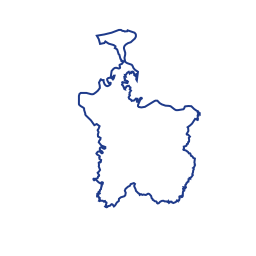 the district of Huong Tra, Thừa Thiên - Huế, Vietnam, rotated 315°
{"feature_id": "81297802B61752422174773", "entity_name": "Huong Tra", "entity_type": "district", "adm_level": 2, "iso_a3": "VNM", "parent_name": "Vietnam", "parent_adm1": "Thừa Thiên - Huế", "projection": "albers", "projection_center": [107.492, 16.429], "detail": "fine", "context": "isolated", "style": "outline", "palette": "blue", "viewbox_px": 256, "rotation_deg": 315, "n_neighbors": 0, "source": "geoboundaries", "source_scale": "gbopen_adm2", "svg_char_len": 5862}
<svg xmlns="http://www.w3.org/2000/svg" viewBox="0 0 256 256"><g transform="rotate(315 128 128)"><path d="M136.3,207.9L137.0,207.3L138.2,207.5L140.6,207.1L140.8,206.1L142.6,205.3L144.1,204.1L145.5,203.6L145.9,202.9L145.8,202.3L147.1,202.4L149.2,201.6L149.3,201.0L149.8,200.7L150.6,199.3L153.7,196.9L153.0,195.3L153.4,193.9L153.3,193.1L152.9,192.5L153.1,191.6L153.7,190.9L153.9,189.7L153.1,189.0L153.5,187.3L153.2,186.4L153.3,185.6L152.5,183.8L151.8,182.8L152.0,182.3L153.2,182.0L154.3,180.6L156.2,181.7L156.9,181.8L158.3,181.0L159.0,181.5L159.5,181.3L160.6,180.5L161.5,180.8L162.9,179.6L164.0,178.0L165.7,177.9L165.8,175.4L165.0,174.2L165.2,173.7L168.6,172.8L170.6,170.4L170.7,169.6L173.8,170.1L176.4,170.2L181.9,169.0L182.9,171.6L183.2,171.6L183.7,170.4L184.2,170.6L184.8,169.6L185.7,169.1L185.9,168.7L186.5,169.0L186.9,168.2L187.3,168.5L187.7,167.8L188.4,168.2L188.5,168.9L189.2,168.2L188.9,167.8L189.0,167.2L188.1,167.3L188.2,166.4L188.9,166.2L189.3,165.5L188.8,164.6L188.2,161.3L188.2,157.4L186.4,155.3L183.7,153.1L183.2,153.1L181.4,153.9L180.4,153.9L176.1,150.8L174.6,149.3L174.1,147.8L173.5,142.7L172.5,141.2L170.3,138.7L168.6,135.2L168.0,132.7L168.1,129.5L166.8,128.1L165.9,127.7L154.9,125.0L152.0,122.9L150.5,120.8L150.5,119.6L151.4,118.8L156.1,116.9L157.5,116.7L158.6,116.9L158.9,116.3L158.4,115.7L157.7,115.6L155.7,116.5L153.5,116.6L152.9,115.7L153.3,115.3L153.9,115.5L154.1,114.9L154.7,115.1L155.4,114.1L154.4,112.8L152.0,112.9L150.6,112.1L150.3,111.4L149.8,111.3L150.1,110.1L149.5,108.1L150.2,106.7L152.4,106.3L152.5,105.4L153.2,105.2L154.0,104.1L156.6,103.7L156.6,101.9L157.8,101.6L158.4,101.1L158.2,99.9L158.5,98.8L156.5,97.5L155.1,98.0L153.5,97.9L153.2,98.5L153.1,98.3L153.0,97.7L153.5,96.9L153.9,96.8L153.6,96.5L154.4,94.6L154.3,93.6L154.5,93.0L155.4,92.9L156.1,92.1L156.2,91.6L156.5,91.6L159.3,95.8L160.6,95.2L160.2,94.2L160.6,94.0L159.5,92.0L160.6,91.1L160.5,90.6L161.6,89.2L162.7,90.2L163.4,88.5L163.7,88.9L166.6,88.4L168.3,88.8L167.7,90.6L168.4,90.5L169.0,91.4L169.9,91.3L169.9,90.7L170.1,90.6L170.6,91.2L171.3,91.5L171.4,92.6L170.7,93.2L170.8,94.7L169.9,94.9L170.0,96.2L172.2,95.9L172.4,96.2L168.2,99.4L167.9,100.6L174.8,95.3L174.1,92.0L174.2,89.7L175.3,86.8L175.3,85.8L173.2,81.4L172.8,79.2L175.1,75.9L177.8,74.2L179.2,72.9L181.3,69.0L182.1,68.2L183.3,67.6L185.3,67.4L188.0,68.0L190.6,69.3L196.1,69.6L198.1,69.0L199.4,67.8L199.9,66.8L200.0,65.2L196.8,58.7L196.0,59.1L193.9,57.4L193.7,56.6L192.7,55.3L192.4,53.7L190.9,52.2L183.8,49.0L177.4,45.1L171.2,40.7L170.2,44.4L167.7,48.8L171.4,51.2L173.2,50.8L174.0,54.7L176.5,59.2L176.9,61.4L176.3,61.9L175.2,62.2L175.8,64.1L175.7,65.2L173.6,69.1L173.7,70.1L171.5,73.8L171.6,74.8L170.7,75.7L170.7,76.2L171.8,77.0L171.7,77.8L169.3,78.4L166.8,77.4L166.4,77.6L165.2,79.6L164.6,79.9L163.6,79.5L162.2,77.0L161.1,76.2L159.7,75.9L156.7,76.1L152.2,79.5L152.3,80.4L152.6,80.8L153.3,81.2L155.0,81.0L155.5,81.5L152.9,82.9L151.7,83.0L151.8,81.6L151.1,79.8L149.3,78.7L148.0,78.6L147.3,79.2L146.9,80.1L146.1,82.7L146.3,83.1L147.4,83.3L147.6,83.9L146.7,84.6L145.4,84.7L143.4,84.1L142.9,83.7L142.4,82.6L142.3,81.6L142.5,80.2L143.6,77.9L144.6,76.8L143.5,75.8L143.4,74.7L143.1,74.3L139.6,75.4L138.1,77.9L136.4,79.8L133.1,80.3L130.4,80.1L127.6,79.6L126.5,78.8L125.7,77.8L123.4,73.8L119.4,69.8L117.8,69.6L116.0,70.6L110.2,76.4L109.9,77.1L110.0,78.8L110.9,82.5L110.7,83.2L109.7,84.3L108.0,87.6L107.3,88.3L107.1,89.3L107.2,96.4L106.2,102.2L108.7,103.1L109.2,106.6L106.5,107.8L105.3,107.9L104.9,108.2L104.3,110.1L102.2,111.2L100.8,112.8L101.6,115.6L100.4,116.5L98.6,116.7L97.2,117.4L96.8,121.7L98.5,125.4L97.6,126.3L96.7,126.1L96.1,125.3L95.6,122.9L94.7,122.3L93.8,122.4L93.0,123.1L92.5,124.8L93.0,125.6L93.1,126.6L92.7,127.6L92.1,127.7L91.5,127.2L91.4,125.6L91.6,124.4L89.8,123.4L87.9,123.6L87.6,123.7L87.4,124.7L88.1,127.7L87.7,128.5L86.7,128.6L85.9,129.9L86.4,131.6L84.7,132.8L84.1,132.7L84.0,132.1L82.8,131.8L81.1,133.9L80.2,134.4L78.6,137.9L76.2,138.3L75.0,138.1L74.6,138.8L74.4,140.7L74.1,141.1L73.5,141.4L72.5,141.1L71.4,141.9L70.1,141.6L68.6,140.5L67.9,139.6L67.5,139.6L67.1,140.2L67.1,141.0L68.4,141.3L68.8,142.2L68.8,145.6L69.4,148.0L70.1,148.1L70.7,147.7L71.1,147.8L71.6,148.4L71.6,148.9L70.6,149.6L68.1,150.2L67.9,150.8L66.9,151.1L65.7,152.1L64.5,152.0L63.6,152.7L62.2,152.4L61.9,153.1L62.1,153.6L61.8,154.3L61.1,154.1L60.7,152.9L59.7,152.8L59.1,153.4L59.2,153.9L58.1,154.1L57.7,154.6L58.0,155.0L58.9,155.3L58.3,156.8L58.5,157.6L57.5,157.8L57.4,158.7L56.0,159.0L56.2,159.6L57.0,159.9L58.7,161.6L58.9,163.0L59.8,163.1L60.1,163.3L59.7,164.2L60.1,165.3L59.9,165.8L58.3,166.5L58.0,167.2L56.3,167.3L56.4,168.1L56.9,169.0L57.4,169.2L59.0,169.3L60.2,170.2L62.4,170.2L62.7,170.4L63.0,171.3L62.6,173.5L64.2,173.6L67.4,172.8L69.9,173.1L71.5,171.7L73.8,171.9L77.0,173.6L78.4,173.7L80.6,172.2L81.4,170.1L83.2,169.3L86.4,169.5L88.5,170.2L90.2,169.6L93.2,171.1L93.4,172.5L91.6,173.2L91.1,173.8L90.0,176.8L89.2,178.0L89.2,181.5L89.5,182.3L89.0,183.6L90.4,183.9L90.8,185.4L91.8,185.9L93.3,188.0L95.6,188.6L96.1,189.1L96.4,189.9L96.3,192.4L95.1,194.4L95.2,195.5L94.7,196.3L95.1,197.5L95.1,198.6L96.0,199.8L96.0,200.6L95.5,201.6L95.6,202.3L96.5,202.9L98.7,202.9L100.4,203.5L100.9,203.9L101.7,204.7L102.0,205.8L103.2,207.0L103.6,208.1L104.6,208.1L104.0,209.0L104.0,209.3L104.6,209.5L104.3,210.0L104.8,210.1L105.5,209.7L106.7,210.9L106.5,211.8L107.0,213.1L109.3,214.1L110.2,214.0L110.6,214.2L111.4,213.9L111.6,214.8L111.9,214.5L112.9,215.3L115.0,214.1L115.5,213.0L116.1,212.8L117.0,213.4L117.1,214.8L117.7,215.1L118.4,214.9L118.6,214.2L119.2,214.3L119.6,213.6L120.2,213.5L120.8,212.7L122.1,211.8L123.3,212.0L123.3,211.0L123.9,210.1L125.1,211.1L125.7,211.1L125.8,210.6L125.2,209.7L125.4,209.1L126.0,209.7L126.4,210.8L127.0,210.9L127.9,209.1L128.4,208.8L129.2,208.9L130.3,208.3L131.2,208.5L132.2,208.1L132.8,208.6L134.1,207.7L134.6,207.0L135.3,207.3L136.0,206.9L136.3,207.9Z" fill="none" stroke="#1e3a8a" stroke-width="2"/></g></svg>